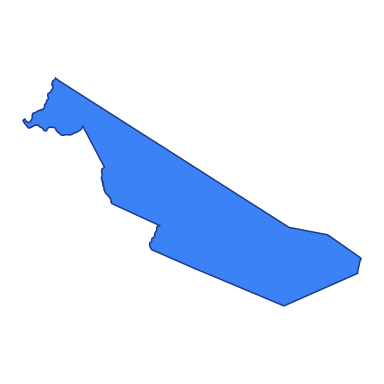 the district of General Lamadrid, La Rioja, Argentina
{"feature_id": "61730980B10920715294308", "entity_name": "General Lamadrid", "entity_type": "district", "adm_level": 2, "iso_a3": "ARG", "parent_name": "Argentina", "parent_adm1": "La Rioja", "projection": "robinson", "projection_center": [-69.375, -28.709], "detail": "fine", "context": "isolated", "style": "filled", "palette": "blue", "viewbox_px": 384, "rotation_deg": 0, "n_neighbors": 0, "source": "geoboundaries", "source_scale": "gbopen_adm2", "svg_char_len": 5325}
<svg xmlns="http://www.w3.org/2000/svg" viewBox="0 0 384 384"><path d="M152.1,249.9L194.3,268.3L283.9,305.9L357.5,273.4L357.7,271.5L357.9,270.6L358.1,269.6L358.5,267.8L358.9,266.0L359.4,264.1L359.7,262.3L360.1,260.5L361.0,259.6L360.9,258.1L327.7,234.8L289.0,227.4L60.3,81.6L55.5,78.1L55.5,78.4L55.4,78.8L55.3,79.0L55.1,79.3L54.9,79.4L54.4,79.8L53.9,80.1L53.7,80.6L53.5,80.8L53.1,80.9L52.8,80.9L52.5,81.3L52.4,82.1L52.4,82.4L52.1,83.0L52.2,83.9L52.1,84.2L51.8,84.8L51.8,85.0L52.3,85.1L52.6,85.2L52.7,85.3L52.8,85.5L52.6,86.2L52.7,86.8L52.8,87.1L53.1,87.5L53.2,87.9L53.1,88.1L52.8,88.5L52.3,88.9L52.0,89.2L51.9,89.5L51.7,89.6L51.3,90.2L51.1,90.5L51.1,91.1L51.0,91.3L51.0,91.7L50.7,92.0L50.4,92.3L49.9,92.6L49.6,92.6L49.5,92.8L49.1,93.0L48.7,93.1L48.1,93.5L47.9,93.9L47.7,94.7L47.7,95.4L47.7,95.7L48.0,96.4L48.2,97.4L48.5,97.8L48.6,98.1L48.5,98.3L48.2,98.8L47.8,99.3L47.0,100.1L46.9,100.3L46.8,100.9L46.6,101.1L46.4,101.4L46.4,101.8L46.2,102.3L46.1,102.9L46.1,103.2L46.0,103.5L45.7,103.8L45.5,104.0L44.6,104.3L44.5,104.7L44.5,105.0L44.7,106.2L44.7,106.3L44.6,106.5L44.2,107.1L44.2,107.4L44.2,108.0L44.0,108.3L43.4,108.7L42.8,109.3L42.6,109.6L41.6,109.6L41.3,109.6L41.0,109.7L40.9,109.7L40.8,109.9L40.6,110.2L39.9,110.2L39.7,110.2L39.0,110.7L38.7,110.7L38.2,110.9L37.4,111.1L37.2,111.2L36.8,111.5L36.6,111.6L36.4,111.7L36.0,112.3L35.6,112.6L35.4,112.6L35.1,112.6L33.7,112.9L33.5,113.1L33.3,113.3L33.0,113.3L32.9,113.4L32.7,113.8L32.6,114.2L32.5,114.3L32.3,114.6L32.1,115.1L32.1,115.6L32.2,116.0L32.4,116.2L32.4,116.3L32.3,117.0L32.3,117.4L32.2,117.8L32.1,118.0L31.9,119.0L31.5,119.5L30.9,120.6L30.6,120.8L30.4,121.3L30.3,121.7L30.2,122.0L29.9,122.0L29.5,122.0L28.9,122.4L28.6,122.5L28.1,122.6L27.0,121.6L26.2,121.2L25.8,120.9L25.5,120.4L25.2,119.2L24.8,119.1L24.5,119.1L24.4,119.2L24.0,119.4L23.4,120.1L23.0,120.4L24.0,122.5L28.5,128.1L28.9,128.0L29.2,127.9L29.5,127.9L29.7,127.7L30.3,127.7L30.7,127.6L31.2,127.4L31.4,127.3L31.9,127.0L32.2,126.7L32.6,126.5L32.9,126.2L33.9,125.9L34.2,125.8L35.1,125.0L35.5,125.1L35.9,125.1L36.1,125.1L36.4,125.2L36.7,125.3L36.9,125.2L37.0,125.3L37.7,125.2L38.0,125.2L38.3,125.3L38.5,125.5L38.8,125.7L39.0,125.9L39.6,126.6L40.1,127.1L40.5,127.3L41.4,127.4L41.6,127.5L42.1,128.1L42.4,128.3L43.1,128.9L43.1,129.1L43.8,130.2L44.0,130.2L44.4,130.6L44.6,130.6L44.9,130.8L45.2,130.8L45.4,130.9L45.9,130.9L46.4,130.7L46.6,130.6L46.7,130.3L46.9,130.1L47.0,129.9L47.0,129.7L46.9,129.5L47.1,128.9L47.3,128.8L47.9,128.3L48.2,127.9L48.8,127.5L49.7,127.5L50.3,127.2L50.6,126.9L51.3,127.2L51.5,127.3L51.9,127.4L54.1,127.3L54.4,127.5L54.7,127.9L54.9,128.0L55.2,128.4L55.5,128.5L55.8,128.9L56.0,129.3L56.0,129.7L56.2,130.3L56.3,130.6L56.6,130.8L57.0,130.9L57.3,131.4L57.4,131.9L57.6,132.1L58.0,132.4L58.5,132.4L58.7,132.6L58.8,132.8L59.4,133.2L59.7,133.7L60.5,134.5L61.3,135.0L62.4,135.3L63.6,135.2L63.8,135.2L64.3,135.0L65.7,134.7L66.0,134.6L67.1,134.7L67.6,134.9L68.0,134.8L69.1,134.9L69.3,134.7L69.5,134.7L70.2,134.7L71.0,134.8L71.7,134.6L74.2,132.9L74.6,132.7L75.5,132.7L76.5,132.4L76.8,132.1L77.5,131.8L78.8,131.0L78.9,130.8L80.2,130.2L80.5,129.9L81.5,129.1L81.7,128.6L81.9,128.4L82.0,128.1L82.5,127.3L82.8,126.8L83.0,126.5L104.4,167.2L104.2,167.3L104.0,167.5L103.9,167.9L103.7,168.1L103.4,168.1L102.9,168.3L102.6,168.5L102.4,168.7L102.1,168.8L102.1,169.0L101.7,169.5L101.8,169.8L101.8,170.4L101.7,170.8L101.7,171.0L101.8,171.1L101.6,171.7L101.7,171.8L101.9,172.0L102.0,172.1L102.0,172.6L101.9,172.7L102.0,173.0L101.9,173.3L102.0,173.5L102.1,174.3L101.9,174.5L102.0,174.7L102.2,175.1L102.2,175.4L102.1,175.6L102.0,176.4L101.9,176.5L101.8,176.9L101.7,176.9L101.5,177.1L101.5,177.3L101.5,177.7L101.7,178.0L101.6,178.3L101.4,178.7L101.5,178.8L101.6,179.2L101.8,179.8L102.2,180.1L102.3,180.4L102.4,180.5L102.3,180.8L102.2,181.0L102.4,181.1L102.6,181.1L102.7,181.3L102.6,181.6L102.6,181.8L102.5,182.1L102.4,182.2L102.4,182.3L102.5,182.3L102.6,182.2L102.8,182.2L103.0,182.3L103.0,182.5L102.7,182.8L102.7,183.0L102.8,183.4L103.2,183.5L103.3,183.7L103.1,183.9L103.0,184.3L103.0,184.5L103.0,184.8L103.0,185.2L103.2,185.3L103.4,185.4L103.6,185.6L103.5,185.8L103.0,185.7L103.0,185.8L103.0,186.0L103.2,186.5L103.3,186.7L103.6,186.9L103.7,187.1L104.0,187.3L104.2,187.7L104.2,188.2L104.2,188.5L103.8,188.9L103.8,189.1L104.0,189.2L104.2,190.0L104.3,190.2L104.4,190.6L104.7,191.0L104.8,191.7L105.0,192.2L105.3,192.5L105.8,192.8L105.9,193.1L106.0,193.2L106.0,193.4L106.1,193.6L106.2,193.9L106.4,194.2L107.3,194.7L107.9,194.7L108.3,195.0L108.3,195.4L108.3,195.7L108.2,195.8L108.2,196.1L108.5,196.4L108.9,196.7L108.9,196.8L109.1,196.9L109.2,197.1L109.4,197.3L109.6,197.7L110.1,197.9L110.3,198.1L110.3,198.4L110.3,198.7L110.7,199.3L110.8,199.7L111.1,200.0L111.3,200.6L111.2,200.7L111.1,201.1L110.9,201.3L110.8,201.5L110.9,201.9L111.0,201.9L111.3,202.6L111.7,203.0L111.9,203.4L111.9,203.6L159.6,225.6L159.1,226.0L158.8,226.1L157.7,226.2L157.1,226.8L156.7,227.9L156.7,228.9L156.7,229.3L156.7,229.7L156.6,230.2L156.2,231.2L155.6,231.9L154.9,233.3L154.8,233.7L154.7,234.8L154.8,235.9L153.9,237.1L152.9,237.9L152.3,238.2L151.9,238.7L151.8,239.4L151.7,240.9L151.6,241.6L151.2,241.8L150.8,241.9L150.5,242.1L150.2,242.5L149.6,243.0L149.6,243.4L149.6,244.7L149.9,246.0L150.2,246.9L150.4,247.4L150.6,247.5L150.8,248.0L151.0,248.6L151.3,248.9L151.5,249.4L151.7,249.7L152.1,249.9Z" fill="#3b82f6" stroke="#1e3a8a" stroke-width="1.5"/></svg>